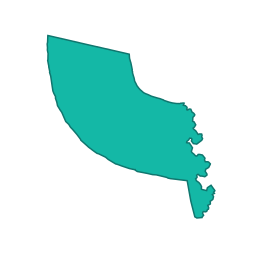 Jarra East, Lower River, Gambia (Robinson projection), rotated 103°
{"feature_id": "56634734B99377934241318", "entity_name": "Jarra East", "entity_type": "district", "adm_level": 2, "iso_a3": "GMB", "parent_name": "Gambia", "parent_adm1": "Lower River", "projection": "robinson", "projection_center": [-15.258, 13.452], "detail": "fine", "context": "isolated", "style": "filled", "palette": "teal", "viewbox_px": 256, "rotation_deg": 103, "n_neighbors": 0, "source": "geoboundaries", "source_scale": "gbopen_adm2", "svg_char_len": 2851}
<svg xmlns="http://www.w3.org/2000/svg" viewBox="0 0 256 256"><g transform="rotate(103 128 128)"><path d="M56.0,226.9L62.8,225.6L63.4,225.7L64.5,225.6L67.9,224.5L70.2,224.1L73.5,222.6L75.2,222.3L79.4,221.4L80.1,221.5L83.6,220.0L85.3,219.2L86.4,218.9L90.5,217.0L91.5,216.9L94.8,215.0L104.8,211.1L105.8,210.7L108.8,209.5L111.0,208.0L113.7,205.7L114.0,205.6L115.3,205.4L118.8,203.2L122.1,201.7L125.6,198.3L127.7,196.0L135.7,190.1L137.8,186.5L140.1,184.3L141.0,183.0L141.6,182.0L145.8,176.3L149.5,171.9L150.5,171.2L155.1,162.8L155.4,162.4L158.5,155.4L159.7,152.4L159.7,151.0L161.5,143.2L163.1,140.2L165.8,131.9L165.8,130.3L166.0,128.6L166.4,125.7L167.2,117.5L167.1,112.2L167.0,111.8L167.3,111.8L168.3,109.2L168.1,104.6L167.9,98.7L167.9,94.4L167.9,93.5L167.3,89.9L167.4,79.2L167.8,77.8L167.8,75.2L167.2,70.0L166.0,58.5L170.2,56.7L185.2,50.3L199.5,42.9L200.1,40.9L200.2,40.7L198.6,35.7L198.0,35.7L196.0,34.7L194.5,36.1L193.2,36.2L192.3,35.3L192.4,34.0L191.6,32.6L189.5,32.2L189.0,31.4L187.6,31.4L185.4,32.9L184.0,31.1L183.5,30.7L182.8,30.8L181.1,31.4L180.8,31.4L180.1,30.6L178.5,29.3L175.7,29.2L175.0,29.7L173.9,30.9L173.0,30.0L172.3,29.1L171.5,30.0L171.3,30.2L169.9,29.3L169.4,29.3L168.2,30.7L165.1,34.2L168.3,37.2L171.3,37.3L171.3,40.2L171.2,42.6L170.0,43.0L168.7,43.1L166.7,44.7L165.3,46.5L165.0,47.1L164.0,49.5L162.2,50.7L161.4,50.0L160.3,49.6L159.2,50.2L158.6,50.5L157.5,49.6L157.4,49.1L158.5,47.1L158.5,46.3L158.2,45.1L158.2,42.2L156.2,40.5L155.9,40.5L155.0,40.8L152.9,43.0L150.7,43.0L148.3,40.5L144.9,39.7L144.4,39.7L143.0,41.9L143.0,43.0L143.5,45.1L141.8,46.3L140.1,46.2L137.6,49.4L137.6,52.3L138.0,53.7L139.3,54.2L139.9,54.9L139.9,56.0L138.5,58.1L137.6,60.1L137.4,60.3L136.5,61.0L132.8,60.7L128.8,64.8L129.1,66.6L129.1,67.1L129.1,67.6L127.8,67.6L126.2,66.4L124.0,65.5L123.8,64.0L124.4,63.2L125.3,63.3L125.9,63.3L126.4,63.3L128.5,60.8L128.2,57.4L123.4,53.4L121.9,53.0L121.4,53.0L120.2,54.2L118.4,54.2L117.3,54.9L117.7,56.9L118.5,58.2L115.4,61.5L114.7,63.1L114.3,63.9L113.5,64.5L112.2,63.5L109.7,62.7L107.7,64.5L107.1,65.1L107.0,66.5L103.1,67.2L101.2,66.1L100.3,65.9L100.1,65.9L99.4,66.6L98.9,67.2L98.3,68.5L98.1,69.2L95.6,71.0L95.6,72.1L95.9,72.8L97.0,73.9L97.1,74.6L96.5,75.0L95.2,74.9L94.4,75.3L93.4,77.0L93.4,79.2L91.2,78.9L91.2,79.8L91.6,80.8L91.8,81.4L92.0,82.2L92.6,83.1L92.9,84.7L93.2,86.0L93.4,88.0L93.6,90.4L93.5,95.2L93.4,95.2L93.1,98.5L93.1,98.9L92.7,99.7L92.2,103.7L92.2,105.3L92.1,106.8L92.1,107.0L91.9,110.2L91.8,111.4L91.8,112.0L90.9,116.3L90.7,117.9L90.6,118.5L90.3,120.0L89.7,121.5L88.6,123.4L88.1,124.5L87.7,125.1L86.7,126.5L85.1,128.4L84.6,129.0L83.7,129.6L81.7,131.3L80.8,132.1L79.5,132.6L77.6,133.5L76.8,134.0L73.1,136.1L72.4,136.1L70.9,137.0L70.2,137.0L67.5,138.2L64.0,139.8L62.3,140.8L59.7,142.2L55.8,143.4L55.8,143.6L55.8,160.6L55.9,186.0L55.9,226.9L56.0,226.9Z" fill="#14b8a6" stroke="#0f766e" stroke-width="1.5"/></g></svg>